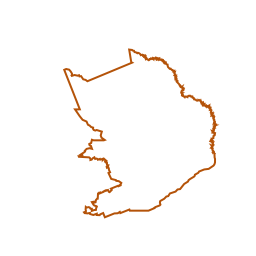 Knox, Victoria, Australia (Robinson projection), rotated 149°
{"feature_id": "25037944B93608479315967", "entity_name": "Knox", "entity_type": "district", "adm_level": 2, "iso_a3": "AUS", "parent_name": "Australia", "parent_adm1": "Victoria", "projection": "robinson", "projection_center": [145.215, -37.899], "detail": "fine", "context": "isolated", "style": "outline", "palette": "amber", "viewbox_px": 256, "rotation_deg": 149, "n_neighbors": 0, "source": "geoboundaries", "source_scale": "gbopen_adm2", "svg_char_len": 5641}
<svg xmlns="http://www.w3.org/2000/svg" viewBox="0 0 256 256"><g transform="rotate(149 128 128)"><path d="M152.7,210.7L159.7,168.8L163.8,171.2L163.3,162.9L162.7,158.4L160.2,154.9L160.6,151.9L160.5,151.0L159.7,150.1L159.1,147.8L157.7,146.3L158.4,145.4L158.4,144.0L157.4,142.7L155.9,142.4L152.3,138.4L155.2,135.7L155.7,133.3L154.1,129.7L155.1,129.9L163.8,135.1L165.0,136.5L167.3,134.1L169.4,134.3L169.8,133.5L169.6,132.5L169.0,131.7L169.6,128.7L171.4,130.5L174.2,131.4L176.8,130.7L176.9,130.0L177.6,129.8L181.9,129.6L181.2,129.0L181.1,128.3L183.3,128.3L184.8,129.2L184.9,128.6L176.5,122.9L176.1,121.8L176.3,120.7L176.1,120.3L176.5,119.9L175.5,119.6L173.9,120.2L171.9,120.2L172.1,118.4L170.7,118.0L170.0,117.0L170.1,116.3L168.0,116.0L168.1,115.2L165.6,114.6L166.0,113.9L165.5,114.1L165.5,113.5L165.2,113.4L165.1,114.1L164.5,114.2L163.5,111.1L164.7,111.1L164.7,110.4L164.9,110.4L164.8,109.9L163.9,109.7L163.9,109.0L165.0,107.3L164.9,106.8L164.1,106.2L164.8,105.7L166.3,105.7L166.5,104.7L165.1,104.6L165.3,103.1L165.9,101.9L166.2,99.3L167.9,99.5L168.6,93.0L165.2,89.6L165.3,88.8L163.3,87.2L162.0,84.4L163.2,83.5L163.8,83.5L163.9,82.7L166.2,83.0L166.2,83.6L173.9,84.8L173.8,83.3L176.8,82.5L177.3,83.2L177.1,85.2L179.0,85.5L178.8,85.9L179.3,86.1L181.8,86.2L181.9,85.9L185.1,86.4L184.9,88.0L185.3,86.4L187.3,86.7L187.2,87.3L187.5,87.2L190.3,83.1L190.7,83.4L192.7,82.7L193.2,82.0L194.0,82.0L194.2,81.1L195.4,81.4L196.3,82.2L196.0,82.7L197.1,83.1L197.1,80.1L196.8,78.9L195.2,77.1L195.2,76.6L196.3,76.0L197.7,74.3L199.2,75.1L201.7,75.6L200.6,77.4L201.7,78.1L201.8,79.5L202.4,80.4L204.4,81.1L204.8,82.1L206.3,80.0L206.8,78.5L207.2,78.1L209.1,78.4L209.0,77.4L206.6,75.6L204.4,74.8L204.8,73.8L202.5,71.3L198.9,70.6L199.6,69.5L197.2,67.9L196.2,68.3L193.1,67.9L193.8,63.4L183.7,61.8L180.7,60.2L178.2,60.3L178.4,59.0L168.8,57.4L169.0,56.2L153.1,46.6L146.7,45.7L146.7,46.0L145.2,46.1L140.7,45.3L139.7,45.6L139.2,47.4L138.4,48.5L137.9,48.8L133.4,48.7L130.4,49.5L128.6,48.9L125.8,50.3L120.0,49.0L117.2,49.8L114.8,48.8L108.7,51.1L104.2,51.2L102.9,52.1L101.0,52.3L96.4,52.3L95.5,52.6L94.7,53.5L90.8,53.4L89.5,54.1L84.0,53.2L79.9,51.4L74.1,51.7L72.7,52.3L71.2,53.6L69.3,56.7L69.0,58.0L67.4,61.0L66.9,61.3L67.5,62.9L66.9,62.7L66.6,63.3L66.7,63.7L67.4,63.5L66.7,64.7L67.1,65.1L66.5,66.4L66.7,67.1L65.9,67.1L65.9,68.0L66.4,68.3L65.7,68.5L65.6,69.0L65.4,68.4L64.7,68.9L65.3,69.0L65.4,70.0L65.0,69.5L64.6,69.9L63.8,69.8L64.0,69.4L63.4,69.5L63.4,71.3L62.4,71.9L63.0,72.2L62.7,72.6L63.3,72.6L63.3,73.0L62.8,73.2L63.4,73.5L63.2,73.8L63.6,73.6L64.2,74.3L63.6,74.6L63.2,74.2L62.8,74.7L62.8,74.1L62.5,74.1L62.6,74.8L62.2,74.7L62.2,75.0L61.4,75.7L60.1,75.3L58.9,77.1L57.9,77.1L57.5,77.6L57.2,77.4L56.0,78.8L57.8,80.4L57.5,80.5L57.4,81.8L56.8,80.9L56.4,81.3L56.1,81.2L54.9,82.5L55.7,82.7L55.3,83.5L53.9,83.4L54.2,84.0L53.0,84.3L53.4,85.3L52.5,85.6L52.8,85.0L52.4,84.9L52.1,85.3L51.4,85.2L51.9,85.6L50.9,86.0L51.4,86.6L51.7,86.4L51.7,86.9L50.3,87.0L51.2,87.2L50.8,87.8L51.3,87.8L50.5,88.3L50.5,88.6L51.2,88.6L50.2,89.6L50.2,90.2L51.0,90.0L49.8,90.7L49.9,91.8L49.0,92.6L49.5,92.7L49.2,93.0L49.4,93.7L48.4,93.6L48.2,94.3L49.2,94.9L49.2,96.0L49.6,96.0L48.9,96.6L49.5,96.5L49.5,97.0L48.3,96.7L48.5,97.3L47.9,97.3L48.3,97.8L48.7,97.7L48.4,98.4L48.8,98.9L47.3,100.3L47.5,101.1L48.1,101.3L47.5,101.7L47.7,102.2L46.9,102.9L47.6,103.3L47.9,102.8L48.2,103.0L47.8,104.6L47.0,104.6L46.9,105.0L47.2,105.2L47.0,105.4L48.5,105.3L48.3,105.8L49.1,106.0L49.3,107.3L50.1,107.4L50.3,106.8L50.7,107.9L51.6,108.3L50.9,108.8L51.6,109.1L51.1,109.4L51.3,109.7L50.7,109.8L51.7,110.4L51.1,110.7L50.8,110.4L50.5,111.4L51.2,111.4L51.6,112.1L52.2,112.0L52.1,112.6L51.7,112.6L51.6,113.5L51.2,113.4L51.7,113.7L51.6,114.1L52.1,113.9L52.5,115.1L53.4,114.8L53.0,115.1L53.4,115.9L53.8,115.5L54.7,115.8L55.3,116.7L55.3,117.4L56.6,118.5L56.3,119.3L55.5,119.4L56.5,119.8L56.5,120.4L57.0,120.7L56.8,121.3L57.5,122.1L57.1,122.3L58.3,123.2L58.2,123.7L59.2,124.3L60.5,124.4L61.1,123.8L62.1,125.2L62.9,125.5L63.5,125.1L64.0,126.6L63.9,127.7L64.7,127.5L65.0,128.1L64.2,129.3L63.9,128.9L64.1,130.1L63.5,130.1L64.2,130.7L64.0,131.3L63.3,131.4L62.7,132.3L61.6,131.9L61.1,132.9L60.6,132.3L60.2,132.7L60.4,133.4L59.9,133.5L60.3,134.2L60.9,133.8L60.6,134.6L60.9,135.1L60.5,135.4L61.3,135.3L61.8,136.0L61.7,136.8L61.2,136.9L61.3,137.8L61.8,137.9L61.6,139.2L62.4,142.6L61.4,142.8L62.1,144.7L61.4,144.9L61.8,145.4L61.7,145.7L61.1,145.6L61.0,146.6L61.8,146.3L61.5,146.9L60.4,147.0L60.8,147.8L59.8,148.3L60.4,148.8L60.1,149.3L60.6,149.5L60.1,149.8L59.8,151.2L59.1,151.8L59.8,151.9L59.4,152.7L59.9,153.0L59.2,153.4L59.8,153.7L59.9,154.7L60.4,154.9L60.7,156.2L61.3,156.7L61.1,157.1L61.8,157.5L62.3,159.6L62.0,160.8L61.4,162.0L62.1,162.7L62.3,163.4L62.0,164.2L63.0,164.1L63.4,164.5L63.4,164.9L62.8,165.3L63.6,165.6L63.6,166.5L62.7,166.8L63.0,167.5L63.6,167.7L63.0,168.4L63.4,168.9L64.1,168.6L64.5,169.1L64.0,169.3L64.3,169.8L65.4,170.1L65.4,170.5L66.3,170.5L66.1,171.1L67.2,171.4L66.1,171.9L67.4,172.3L67.0,172.8L68.1,173.5L67.7,173.8L68.0,174.1L69.0,173.4L69.7,174.4L70.1,174.1L70.5,174.8L70.9,174.0L71.2,174.8L71.7,174.8L71.7,175.3L72.6,175.9L73.1,175.5L73.9,176.0L74.4,175.4L75.3,175.4L76.4,177.5L76.2,177.8L76.8,178.3L77.2,178.1L77.1,179.0L76.2,179.2L76.2,179.6L76.7,179.8L76.1,180.5L77.3,180.8L76.4,181.7L77.9,182.2L77.5,182.9L78.0,183.5L79.5,183.8L79.5,185.2L80.1,186.6L80.8,187.4L81.5,187.3L82.3,188.9L83.3,189.7L83.1,191.1L84.2,192.1L84.3,192.8L86.6,194.6L91.3,182.8L90.8,181.9L138.7,189.0L139.6,191.1L141.3,192.8L141.5,196.6L143.0,197.2L142.8,198.5L144.1,198.7L146.6,201.0L149.3,201.6L149.3,202.2L148.5,202.4L148.0,203.5L148.0,205.9L148.4,208.3L150.6,210.4L152.7,210.7Z" fill="none" stroke="#b45309" stroke-width="2"/></g></svg>